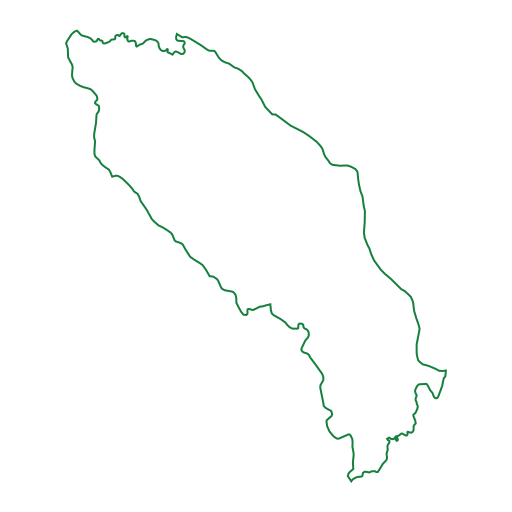 Cam Khe, Phú Thọ, Vietnam
{"feature_id": "81297802B31371166923700", "entity_name": "Cam Khe", "entity_type": "district", "adm_level": 2, "iso_a3": "VNM", "parent_name": "Vietnam", "parent_adm1": "Phú Thọ", "projection": "robinson", "projection_center": [105.096, 21.384], "detail": "fine", "context": "isolated", "style": "outline", "palette": "green", "viewbox_px": 512, "rotation_deg": 0, "n_neighbors": 0, "source": "geoboundaries", "source_scale": "gbopen_adm2", "svg_char_len": 5908}
<svg xmlns="http://www.w3.org/2000/svg" viewBox="0 0 512 512"><path d="M234.2,67.3L229.4,63.8L224.5,62.1L221.4,60.3L218.8,57.6L215.6,52.4L214.4,50.9L209.6,50.7L208.5,50.4L206.3,49.1L201.4,45.5L190.6,38.9L187.6,37.4L185.6,36.9L183.9,37.1L183.1,37.3L182.0,37.2L176.9,34.0L176.1,37.0L176.1,38.5L176.4,39.4L177.1,40.3L177.7,40.7L183.4,41.1L184.1,41.5L184.7,42.5L184.7,43.5L183.8,44.7L183.2,46.0L183.3,47.3L183.7,48.4L184.6,49.8L184.7,51.7L184.0,53.0L183.2,53.8L182.2,54.0L180.7,53.8L177.1,51.8L175.9,51.5L175.1,51.6L173.7,52.9L172.5,54.6L169.8,53.2L167.7,52.3L167.6,51.1L167.8,49.6L167.5,49.1L167.0,49.1L166.0,50.4L164.7,50.9L163.0,51.1L161.9,50.6L160.7,49.8L159.4,48.1L158.6,45.3L158.5,43.4L157.9,42.3L156.8,41.1L155.7,40.4L154.3,39.9L150.2,38.9L146.8,40.0L145.2,41.2L143.0,43.4L141.8,44.0L140.2,44.4L136.7,46.5L136.1,45.9L135.8,42.9L135.3,41.7L134.7,41.0L133.7,40.8L132.4,40.7L130.9,40.9L129.5,41.5L128.4,41.4L127.7,40.6L127.2,38.5L127.6,37.1L127.6,36.3L127.3,36.1L127.1,36.2L125.8,37.3L124.8,37.2L124.4,36.0L124.4,34.0L123.9,33.5L123.1,33.2L122.4,33.2L121.8,33.3L120.3,34.9L119.7,35.9L119.1,36.0L118.2,35.1L117.7,35.0L116.7,35.1L115.9,35.6L115.3,36.4L115.2,37.1L115.2,38.5L114.8,39.2L114.1,39.4L112.2,39.5L111.2,39.8L109.8,41.4L107.9,42.4L105.4,43.3L104.3,43.5L103.3,43.3L102.6,42.4L102.5,41.6L102.3,40.9L101.5,40.5L100.4,40.5L99.6,40.0L98.9,39.0L98.1,38.8L97.5,39.4L96.7,41.0L96.0,41.5L94.5,41.7L93.4,41.6L92.5,40.4L90.7,38.5L87.9,37.1L82.2,35.6L80.7,34.7L78.6,32.3L77.1,30.7L76.4,30.8L74.0,32.0L71.6,34.2L66.9,41.4L66.1,43.2L67.8,48.7L68.1,57.4L72.0,64.6L72.7,67.2L72.3,70.5L72.0,75.3L72.5,78.0L74.4,81.7L76.2,83.6L80.4,86.0L84.2,87.4L86.4,87.9L89.2,88.7L90.5,89.2L92.5,90.8L96.6,95.7L97.2,97.4L97.3,99.6L96.3,100.7L95.1,102.2L95.1,103.3L96.5,104.5L98.6,105.6L99.0,106.6L99.2,108.5L98.7,111.3L97.0,113.7L96.5,115.0L96.0,123.1L94.2,133.7L94.1,137.4L95.1,141.4L94.6,147.6L94.4,152.1L94.5,154.2L95.3,156.5L99.3,160.4L100.6,162.9L102.3,164.9L105.5,167.4L108.9,169.6L110.1,171.6L112.2,176.7L116.0,175.7L117.6,175.8L119.7,176.8L122.7,178.9L129.0,185.0L132.1,188.5L134.1,191.5L137.5,193.8L139.1,196.5L140.6,201.0L146.5,209.5L150.7,217.0L151.6,218.8L154.2,221.6L158.5,225.4L162.5,227.3L167.2,230.2L170.9,232.8L172.2,234.6L172.9,236.0L174.3,239.6L174.9,240.7L175.8,241.4L181.0,243.2L182.8,244.6L185.3,249.2L188.7,254.6L190.2,256.8L194.1,259.6L199.8,263.1L202.5,265.0L205.8,269.5L209.7,276.3L211.9,276.4L213.5,276.8L217.0,279.1L218.1,280.6L221.1,287.5L222.3,289.0L225.0,290.3L231.7,291.5L233.3,292.1L235.4,294.5L236.0,296.6L236.3,298.9L236.4,302.8L238.0,306.1L241.1,311.8L243.5,314.7L246.4,315.0L247.4,313.9L247.5,312.7L247.4,311.0L247.6,309.4L248.2,309.0L249.4,309.0L252.1,309.9L253.1,310.0L260.3,306.5L262.1,306.5L267.3,305.0L270.3,304.3L270.7,307.6L270.8,309.8L271.6,312.9L272.4,314.1L273.8,315.2L276.2,316.6L280.8,319.2L285.7,322.8L287.2,324.9L289.4,327.0L291.8,328.4L293.5,328.7L295.2,328.6L296.9,328.7L298.1,328.3L298.5,324.5L299.4,323.6L300.7,323.6L302.2,323.9L303.3,324.9L303.3,326.4L303.9,327.8L304.8,328.6L306.4,329.3L307.0,329.7L308.1,331.0L308.7,332.9L308.8,335.4L308.1,337.3L305.3,340.5L302.2,347.0L301.4,348.9L301.6,350.6L302.7,351.8L304.1,352.6L306.9,353.4L308.9,354.8L309.9,357.0L310.8,358.3L315.5,364.5L322.1,373.8L323.2,376.5L323.4,378.4L323.2,380.4L320.6,384.9L320.3,386.2L320.3,388.0L323.3,402.8L323.7,405.9L325.4,407.7L327.7,409.1L331.1,410.9L331.7,412.3L332.1,414.6L331.3,416.4L330.0,417.3L326.7,420.3L326.5,421.4L326.7,423.3L327.2,426.3L329.4,431.3L333.6,436.4L336.7,438.5L338.4,438.7L339.6,438.3L346.8,435.1L348.6,434.4L349.6,434.5L350.8,435.8L351.5,437.5L352.3,439.0L352.6,442.4L352.4,446.6L353.6,453.2L353.6,454.8L353.6,456.0L353.3,458.4L352.9,463.1L353.2,466.6L353.2,469.1L350.0,471.8L348.5,473.6L347.8,476.1L351.3,481.3L352.7,479.4L355.9,477.5L357.9,476.9L361.4,476.6L362.3,476.0L363.0,472.9L364.6,471.7L367.4,472.0L368.7,472.4L369.7,472.3L371.4,471.4L373.6,471.2L374.8,471.2L376.2,472.0L377.0,472.1L377.9,471.9L383.1,463.5L385.5,461.1L386.3,460.1L386.9,458.8L387.0,457.9L386.6,453.6L386.9,452.3L387.8,449.6L387.6,449.0L387.5,445.8L387.8,445.0L389.3,442.7L389.4,440.9L388.8,440.3L387.8,440.0L387.1,438.9L388.2,438.1L388.7,437.8L389.3,437.7L390.8,438.7L391.6,439.0L393.1,439.2L393.6,438.6L394.4,438.4L394.9,438.6L396.7,440.8L397.5,440.5L397.9,439.9L397.8,439.1L397.2,437.9L395.5,437.2L395.4,436.8L395.9,436.4L397.8,436.0L398.9,435.5L401.4,433.5L402.0,433.5L405.4,435.3L406.7,435.5L407.3,434.8L407.6,433.9L407.4,432.5L407.6,431.9L408.1,431.9L410.7,432.7L411.4,432.6L412.7,431.8L413.6,430.1L413.6,427.6L413.7,425.8L414.3,424.9L415.7,423.5L415.3,420.8L413.7,416.7L413.3,415.0L413.7,414.4L415.2,413.2L415.9,412.1L417.4,408.6L417.8,406.3L417.2,404.7L416.8,403.9L416.6,402.2L415.7,400.4L415.6,399.3L415.8,398.0L416.7,395.4L415.5,393.0L415.1,391.4L415.1,390.5L415.5,389.4L416.4,387.3L417.3,385.8L419.1,384.3L426.2,383.9L426.9,384.3L427.8,385.6L430.2,390.2L432.5,393.0L433.8,396.5L435.0,397.9L436.1,398.3L437.2,398.0L437.8,397.4L438.7,395.4L442.2,385.9L443.3,380.1L443.9,378.1L445.3,376.4L445.9,370.6L442.3,371.0L439.2,370.8L435.7,368.9L428.4,365.8L422.7,364.3L419.1,361.4L418.1,360.0L417.4,357.4L416.7,353.8L416.6,348.9L416.7,347.6L416.6,344.6L419.6,329.0L419.3,327.4L418.4,324.2L416.2,317.9L414.1,310.8L413.1,302.4L412.3,300.1L410.9,297.0L408.6,294.6L404.5,290.9L401.5,289.4L390.7,278.7L384.9,273.9L380.7,269.6L373.9,260.2L371.1,253.8L369.4,248.5L367.4,244.8L364.7,237.9L363.9,232.8L364.7,222.3L364.9,211.0L363.8,206.5L362.5,196.5L360.4,191.0L359.0,184.7L358.1,178.7L357.6,172.5L357.0,171.1L355.3,169.0L350.8,166.6L347.4,165.5L343.3,165.5L340.9,165.8L332.8,164.9L331.1,164.0L329.7,162.9L328.5,160.8L325.2,156.6L323.9,153.6L322.4,148.8L320.8,146.4L316.9,142.0L309.3,136.1L303.1,132.0L290.7,125.7L275.8,114.6L272.2,114.3L265.2,106.9L261.4,99.4L259.4,96.5L255.0,89.3L252.5,82.4L250.2,79.2L248.2,77.1L243.7,73.1L242.0,71.2L238.5,68.9L234.2,67.3Z" fill="none" stroke="#15803d" stroke-width="2"/></svg>